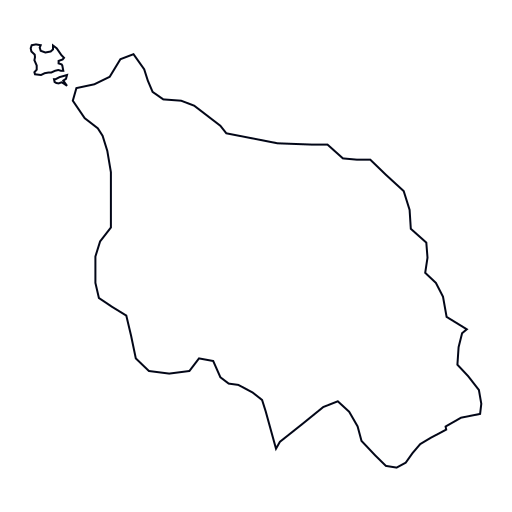 Dangjin-si, South Chungcheong, South Korea
{"feature_id": "91817680B720891985776", "entity_name": "Dangjin-si", "entity_type": "district", "adm_level": 2, "iso_a3": "KOR", "parent_name": "South Korea", "parent_adm1": "South Chungcheong", "projection": "equal_earth", "projection_center": [126.58, 36.905], "detail": "fine", "context": "isolated", "style": "outline", "palette": "ink", "viewbox_px": 512, "rotation_deg": 0, "n_neighbors": 0, "source": "geoboundaries", "source_scale": "gbopen_adm2", "svg_char_len": 1622}
<svg xmlns="http://www.w3.org/2000/svg" viewBox="0 0 512 512"><path d="M462.1,333.2L466.8,329.3L446.6,316.9L443.0,296.7L435.9,282.9L425.2,272.8L427.5,257.7L426.3,242.6L410.8,228.8L409.6,209.9L403.7,191.1L385.8,174.7L370.3,159.7L357.2,159.7L342.9,158.4L327.5,144.6L312.0,144.6L277.5,143.3L226.3,133.3L220.4,125.8L194.2,105.7L181.1,100.7L163.3,99.4L152.6,91.9L147.8,80.6L144.2,69.3L133.5,54.2L120.4,59.2L109.7,76.8L94.3,84.3L76.4,88.1L72.8,100.7L84.7,118.2L97.8,128.3L102.6,135.8L107.3,150.9L110.9,172.2L110.9,183.5L110.9,198.6L110.9,202.4L110.9,227.5L100.1,241.4L95.4,256.5L95.4,282.9L98.9,298.0L112.0,306.8L126.3,315.6L131.1,335.8L135.8,358.4L148.9,371.0L169.2,373.6L189.4,371.0L199.0,358.4L213.2,361.0L220.4,377.3L228.7,383.6L238.3,384.9L252.6,392.5L262.1,400.0L265.7,411.4L276.0,448.7L279.9,441.8L302.2,424.1L323.3,407.0L337.8,401.3L349.2,411.8L357.6,426.4L361.5,440.9L375.2,455.4L385.9,465.9L396.6,467.6L405.7,462.7L412.6,453.0L420.2,444.1L430.9,437.7L446.2,429.6L445.6,426.5L461.0,417.7L480.1,413.9L481.3,403.8L478.9,390.0L468.1,376.1L457.4,364.7L458.6,347.1L462.1,333.2ZM40.7,50.8L39.7,47.6L40.7,45.2L36.0,44.4L31.7,45.2L30.7,48.3L31.4,51.5L34.7,54.6L35.0,57.1L34.4,60.2L36.7,65.5L36.7,69.7L34.4,72.2L35.0,74.3L41.0,75.0L44.7,73.2L48.7,72.5L51.3,72.5L55.0,70.8L58.3,70.0L61.0,70.8L63.3,70.8L62.3,65.5L61.6,64.4L58.6,63.4L58.6,60.9L62.6,59.5L64.0,57.8L61.3,55.0L56.7,48.3L53.0,45.5L53.0,49.4L50.7,51.5L45.4,52.5L40.7,50.8ZM63.3,80.6L66.0,78.8L67.0,75.0L63.6,76.0L59.6,77.1L55.6,79.2L54.0,79.2L54.6,82.0L56.3,83.0L58.6,83.4L61.6,82.3L64.0,83.7L67.0,85.8L63.3,80.6Z" fill="none" stroke="#020617" stroke-width="2"/></svg>